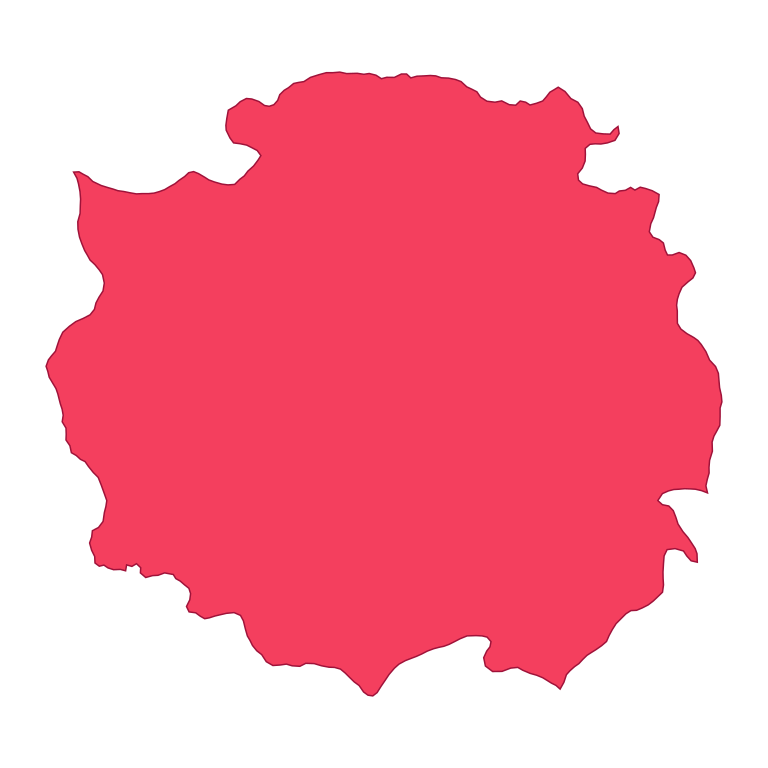 the district of Campo Florido, Minas Gerais, Brazil
{"feature_id": "56859067B92335368120595", "entity_name": "Campo Florido", "entity_type": "district", "adm_level": 2, "iso_a3": "BRA", "parent_name": "Brazil", "parent_adm1": "Minas Gerais", "projection": "orthographic", "projection_center": [-48.647, -19.715], "detail": "fine", "context": "isolated", "style": "filled", "palette": "rose", "viewbox_px": 768, "rotation_deg": 0, "n_neighbors": 0, "source": "geoboundaries", "source_scale": "gbopen_adm2", "svg_char_len": 4946}
<svg xmlns="http://www.w3.org/2000/svg" viewBox="0 0 768 768"><path d="M558.2,87.2L554.0,89.8L549.9,92.2L546.1,97.1L542.7,101.0L536.4,103.3L530.0,105.0L525.7,102.2L520.2,101.0L515.7,105.2L509.3,104.7L501.7,100.9L495.0,102.2L486.9,101.2L480.5,97.1L476.9,91.8L471.8,89.2L466.7,86.8L461.1,81.6L455.5,79.5L448.5,78.1L441.4,77.8L435.8,75.9L430.4,75.5L423.9,75.9L416.9,76.2L410.8,77.9L406.6,74.0L401.4,74.0L394.4,77.4L386.7,77.3L381.4,78.7L376.0,75.2L369.2,73.5L363.9,74.3L357.2,73.3L346.7,73.6L339.8,72.1L332.6,72.7L326.3,72.7L318.9,74.7L310.4,77.4L303.9,81.6L298.2,82.5L293.6,83.5L288.5,87.7L284.2,90.3L279.8,94.6L277.7,100.4L273.9,104.7L269.2,106.3L264.5,105.5L258.9,101.5L251.8,99.0L246.4,98.5L240.2,101.7L235.9,105.8L228.3,110.2L226.8,118.5L225.9,125.3L226.2,130.2L230.0,138.0L233.6,142.9L240.0,143.7L246.7,145.1L251.5,147.5L257.2,150.5L260.9,155.6L257.9,160.3L253.6,166.0L247.9,171.1L244.3,175.9L239.8,179.3L234.7,184.4L228.0,184.9L221.9,184.1L214.5,182.0L208.8,179.9L204.8,177.3L198.5,173.6L193.6,171.6L188.7,172.7L184.7,176.5L179.0,180.4L175.0,183.7L169.7,186.6L164.7,189.6L159.6,191.5L154.1,193.1L148.7,193.6L142.3,193.6L136.5,193.9L130.1,192.8L123.7,191.5L117.9,190.7L113.2,189.1L108.3,187.7L101.2,185.5L92.8,181.5L87.9,176.7L83.1,174.2L79.0,171.8L73.6,172.1L77.0,178.3L78.5,183.8L80.0,191.6L80.6,199.2L80.3,206.1L80.1,213.4L77.8,221.7L78.0,229.3L79.5,237.1L81.9,243.8L84.7,250.6L87.3,255.0L90.1,260.1L95.0,264.7L99.2,269.8L102.5,274.6L104.3,283.1L103.0,291.0L99.0,297.2L96.0,302.9L94.4,309.4L90.1,314.8L83.2,318.4L75.8,321.6L69.5,326.2L62.8,332.2L59.3,339.5L57.3,345.5L55.5,351.2L51.3,356.1L48.4,359.9L46.1,366.3L47.8,371.3L49.2,377.2L52.7,383.1L56.0,388.6L57.8,393.8L59.1,399.0L60.4,404.0L62.1,409.1L63.2,415.3L62.2,421.8L66.0,428.1L66.2,434.3L66.0,440.0L69.9,445.7L71.4,452.7L76.3,455.5L80.4,459.3L85.1,461.6L88.5,466.5L93.3,472.5L98.2,477.4L101.3,485.2L104.5,494.1L106.8,500.6L105.9,506.5L104.4,512.4L103.1,521.4L98.5,527.5L92.4,530.7L91.7,537.0L89.6,543.0L91.6,550.2L94.7,556.5L95.0,563.0L99.3,566.2L103.9,565.1L108.0,567.9L113.6,569.7L120.4,569.4L125.6,570.8L126.6,564.9L131.9,566.4L136.5,563.7L140.7,567.7L140.4,572.9L145.7,577.5L152.6,575.6L158.0,575.3L164.6,572.9L173.3,574.5L175.8,578.6L180.1,581.0L184.5,584.8L188.9,588.3L190.6,593.6L189.8,599.8L186.5,606.5L189.1,611.9L195.7,612.8L200.3,616.2L204.7,618.7L209.4,617.8L215.0,616.0L220.9,614.6L226.5,613.3L234.1,612.6L240.5,615.4L243.4,620.8L245.4,629.0L247.4,636.0L250.0,640.4L252.5,645.5L256.8,650.8L261.7,654.6L266.3,661.7L272.9,665.5L280.2,665.0L286.4,664.1L292.1,665.8L299.9,666.3L305.8,663.3L314.2,663.6L321.6,665.8L329.0,667.2L334.5,667.4L340.5,669.1L345.3,673.1L349.6,677.4L354.2,681.9L359.1,685.5L363.6,692.0L368.0,695.2L372.8,695.9L377.1,692.6L381.0,686.4L385.1,680.4L389.1,674.4L394.4,668.2L399.0,664.1L405.4,660.6L411.6,658.2L416.6,656.3L421.9,653.9L427.3,651.1L433.7,648.7L439.0,647.3L443.8,646.3L449.0,644.4L454.6,641.6L460.2,638.7L467.1,635.9L476.0,635.6L482.1,635.9L487.1,637.1L491.0,641.6L490.0,646.8L486.7,651.1L483.7,657.7L485.4,666.0L492.6,671.5L502.0,671.4L510.7,668.1L517.8,667.4L522.7,670.2L530.2,673.4L536.6,675.2L542.7,677.7L547.1,680.4L551.4,683.1L556.0,685.4L560.1,689.1L563.9,682.3L566.4,674.7L570.0,670.7L574.6,666.6L578.9,663.6L582.9,659.3L587.0,655.3L591.2,652.6L595.7,649.8L601.6,645.7L606.5,641.5L609.1,635.5L612.3,629.6L616.1,623.6L621.2,618.5L625.9,613.8L630.9,610.6L636.6,610.3L642.1,608.0L648.2,604.9L653.4,600.9L657.7,596.8L662.5,592.2L663.5,584.9L663.1,578.4L663.0,571.9L663.5,563.5L664.1,555.9L667.1,549.6L675.1,548.6L683.5,551.0L686.8,556.0L691.1,560.8L697.3,562.2L697.0,553.7L695.2,548.6L691.7,543.2L687.9,537.5L682.9,531.6L678.0,524.0L675.9,517.4L673.3,510.7L668.8,506.0L662.4,504.7L657.8,500.6L662.4,493.6L668.5,490.9L673.8,489.5L679.0,489.2L684.6,488.7L690.1,488.9L695.3,489.2L701.5,490.6L707.5,492.9L705.9,485.8L707.3,479.3L709.1,473.0L709.0,467.4L709.6,460.3L712.4,451.2L712.1,442.1L713.9,436.2L716.5,431.5L719.8,425.3L720.1,416.6L720.1,408.0L721.9,401.9L721.3,395.3L719.6,387.7L718.9,379.6L718.4,373.4L715.6,366.6L709.6,360.1L705.9,351.6L701.3,344.6L697.9,340.5L693.9,337.6L687.0,333.7L680.9,329.1L677.4,323.4L677.3,317.8L677.3,311.0L676.6,305.2L677.4,299.1L679.1,293.7L682.0,287.2L688.2,281.7L692.9,278.0L695.5,272.8L693.9,267.9L690.7,260.6L685.9,255.2L679.1,252.5L672.3,255.0L667.5,255.0L665.2,250.2L663.4,243.0L659.3,239.7L652.9,237.2L649.3,231.8L650.8,223.7L653.5,217.8L655.0,212.3L656.3,207.5L658.6,201.6L659.1,194.5L652.2,190.7L645.6,188.5L640.2,187.2L634.9,190.1L630.6,187.4L625.4,190.3L619.3,191.0L615.3,193.6L608.0,193.1L601.4,190.1L596.6,187.4L589.2,185.8L582.6,183.9L578.5,180.1L577.7,173.8L582.3,168.1L585.1,161.1L585.4,154.3L585.2,148.4L590.0,144.3L595.1,143.8L600.9,144.0L607.4,142.9L615.0,140.3L619.1,133.5L618.0,126.5L613.9,129.7L610.1,134.1L603.3,133.9L595.8,133.0L590.6,128.9L587.4,122.3L584.2,116.2L582.3,108.6L577.9,102.3L570.9,98.6L565.0,91.5L558.2,87.2Z" fill="#f43f5e" stroke="#9f1239" stroke-width="1.5"/></svg>